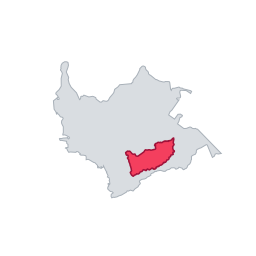 where Caquetá sits in Colombia, rotated 305°
{"feature_id": "COL-1403", "entity_name": "Caquetá", "entity_type": "Intendancy", "adm_level": 1, "iso_a3": "COL", "parent_name": "Colombia", "parent_adm1": "", "projection": "orthographic", "projection_center": [-73.824, 1.133], "detail": "fine", "context": "in_parent", "style": "filled", "palette": "rose", "viewbox_px": 256, "rotation_deg": 305, "n_neighbors": 0, "source": "natural_earth", "source_scale": "10m", "svg_char_len": 8205}
<svg xmlns="http://www.w3.org/2000/svg" viewBox="0 0 256 256"><g transform="rotate(305 128 128)"><path d="M145.3,43.2L143.0,44.1L138.5,45.3L135.4,50.4L133.3,51.3L130.7,54.3L128.8,58.0L127.3,65.6L123.4,72.1L123.7,72.3L125.3,72.1L126.8,71.3L127.3,71.6L127.8,72.7L129.6,73.0L131.0,78.2L133.7,80.9L134.0,81.9L134.4,84.1L133.4,85.4L133.2,90.2L134.0,91.4L136.1,91.9L137.4,94.9L138.3,95.6L139.5,96.0L142.4,95.6L147.8,96.1L149.1,96.0L152.1,94.9L155.9,96.2L158.7,96.4L166.4,105.5L167.1,105.2L168.1,105.7L170.0,104.8L171.7,104.7L173.9,105.1L176.8,105.1L182.5,104.2L183.4,103.6L186.5,104.1L187.5,104.8L188.0,106.5L187.6,107.6L186.5,108.6L185.9,110.0L185.8,111.6L185.3,112.8L184.3,113.6L183.9,114.8L184.1,116.3L183.6,123.1L184.1,123.7L184.4,126.5L185.8,130.2L186.4,131.2L187.6,132.1L189.6,135.1L189.2,136.1L184.0,140.8L183.7,141.9L184.7,141.5L186.3,141.9L186.9,143.0L190.8,146.3L190.7,147.6L191.9,150.0L191.7,150.6L194.4,157.6L194.5,159.1L192.2,159.5L192.1,154.8L191.8,153.8L189.3,149.7L188.7,149.3L187.0,149.8L184.2,152.9L182.9,153.4L181.9,152.9L180.8,151.1L180.1,150.8L179.4,152.3L180.3,153.7L167.8,153.7L165.4,153.1L162.0,153.8L162.0,161.0L167.9,161.1L169.5,163.1L169.4,164.8L169.6,165.3L168.2,165.7L166.2,164.6L162.5,165.9L159.8,166.2L159.6,174.1L161.2,176.1L164.4,178.2L164.8,179.6L164.6,180.9L165.4,182.6L166.4,183.5L166.4,184.5L166.9,185.7L160.6,219.0L158.5,216.9L157.7,215.1L156.6,214.4L154.5,214.9L152.3,214.0L159.5,202.7L159.3,201.7L153.3,199.0L152.6,198.3L149.8,196.8L148.2,197.2L147.3,197.9L145.1,198.2L143.3,197.0L141.2,196.2L138.6,198.1L137.9,198.1L136.1,198.9L134.1,199.2L131.6,198.4L129.6,199.0L128.1,198.8L127.6,198.3L125.8,197.6L125.6,196.8L126.1,195.4L125.3,192.7L125.1,192.2L123.7,192.2L122.1,191.2L121.7,190.6L122.1,189.5L121.8,188.5L120.2,186.3L118.0,185.7L115.9,183.9L113.8,183.3L112.9,181.9L112.0,179.0L109.8,176.7L108.3,175.9L107.7,174.8L106.2,174.7L104.1,173.2L103.1,173.1L102.5,173.8L100.5,173.0L98.8,171.9L97.1,171.6L95.9,170.9L93.9,168.8L91.6,167.8L90.4,168.2L89.9,169.7L89.2,170.0L86.6,169.6L86.2,169.9L85.5,169.9L82.4,168.7L79.3,168.3L78.5,165.6L76.6,164.6L76.0,163.4L74.6,163.5L69.3,161.1L67.1,159.4L65.3,158.5L63.3,156.6L63.0,155.8L61.5,154.8L62.3,153.3L64.1,152.3L66.4,153.1L66.7,151.5L65.9,150.0L66.3,146.7L66.9,146.0L68.2,145.3L69.0,145.6L69.5,145.0L71.4,145.3L72.0,145.1L73.5,143.7L74.1,142.7L74.8,142.8L76.4,141.0L76.1,139.2L77.6,138.9L79.2,135.9L79.8,135.9L80.2,134.5L82.9,129.7L81.9,130.2L80.9,129.9L81.0,128.3L80.7,128.1L79.8,129.3L79.1,128.1L79.3,126.0L78.1,126.4L78.1,125.9L79.9,124.4L80.6,120.8L80.1,119.5L79.7,114.2L79.4,113.2L78.0,111.9L80.3,110.4L81.1,109.2L80.1,106.9L78.7,104.9L78.7,103.7L79.5,103.8L79.9,100.6L79.1,99.3L78.2,99.3L75.2,94.4L74.1,93.4L75.0,91.1L75.9,90.1L75.7,88.3L76.3,88.4L77.6,90.0L78.1,89.7L80.2,88.2L80.2,86.8L81.9,85.3L79.6,80.4L78.9,79.6L79.8,78.0L80.3,78.1L81.2,79.6L82.6,80.7L84.7,83.4L85.6,84.0L84.9,84.7L84.8,85.3L85.1,85.7L86.3,85.8L86.8,85.0L86.5,81.6L86.0,80.0L84.9,78.8L85.3,78.3L87.4,77.5L91.9,74.3L93.5,71.3L94.6,70.2L96.0,69.5L97.6,69.6L98.8,69.3L99.2,68.3L98.4,66.2L99.4,63.4L99.3,61.9L100.0,61.1L99.8,60.7L98.1,61.8L99.8,59.8L101.0,56.7L107.5,51.3L111.7,52.6L113.0,52.5L111.3,53.2L111.0,54.0L111.6,54.8L112.3,55.0L112.8,54.5L114.2,51.4L114.4,49.6L115.0,49.0L115.9,48.8L120.1,49.6L124.0,49.3L130.3,44.8L135.1,42.9L136.3,41.0L136.6,39.7L137.4,39.1L138.3,39.1L138.9,38.4L141.1,37.2L143.4,37.0L145.9,38.1L147.1,39.9L147.3,41.2L145.3,43.2ZM71.5,144.7L71.2,144.9L70.7,144.5L70.5,144.0L70.8,143.6L71.3,143.7L71.5,144.7Z" fill="#d9dde1" stroke="#a8b0b8" stroke-width="1"/><path d="M103.9,144.9L104.2,144.8L105.2,144.1L105.6,143.7L105.6,143.2L105.3,142.9L105.0,142.7L105.0,142.2L105.1,141.9L105.4,141.5L105.8,140.9L106.3,140.5L106.4,140.3L106.5,140.3L106.7,140.2L107.8,140.6L108.3,140.7L108.5,140.7L108.7,140.8L108.9,141.0L109.0,141.1L109.3,141.9L109.5,142.2L109.7,142.4L109.9,142.5L110.0,142.8L110.0,143.2L109.4,145.6L109.3,146.1L109.3,146.5L109.4,146.9L109.5,147.2L109.6,147.5L110.3,148.2L110.5,148.4L110.6,148.7L110.6,148.9L110.5,149.1L110.4,149.3L110.1,149.6L109.9,149.9L109.8,150.2L109.8,150.6L109.9,151.1L110.1,151.6L110.5,152.1L110.9,152.4L117.4,154.7L117.8,154.7L118.2,154.7L119.2,154.6L120.1,154.8L120.2,155.1L121.3,156.9L121.5,157.0L122.1,157.5L122.4,158.0L122.5,158.2L122.6,158.3L122.8,158.7L122.8,158.8L122.8,159.1L122.8,159.3L123.4,160.0L124.5,160.9L124.8,161.3L125.2,161.5L125.3,161.5L125.5,161.8L125.6,162.0L125.8,162.1L126.0,162.3L126.6,162.5L126.8,162.5L127.0,162.4L127.3,162.3L127.4,162.2L127.6,162.0L127.8,161.8L128.0,161.5L128.2,161.4L128.5,161.2L128.8,160.8L128.8,160.7L128.8,160.4L128.9,160.2L128.9,159.9L129.1,159.7L129.3,159.6L129.5,159.5L129.8,159.6L130.0,159.8L130.1,160.0L130.4,159.6L130.6,159.4L130.8,159.4L131.1,159.5L131.3,159.7L131.6,159.9L132.5,160.5L132.8,160.6L133.1,160.6L133.3,160.7L133.8,161.2L133.9,161.4L133.9,161.6L134.0,161.9L134.0,162.1L134.2,162.3L134.3,162.3L134.5,162.4L134.6,162.6L134.6,162.9L134.7,163.0L134.8,163.0L135.0,162.9L135.1,163.1L135.1,163.3L135.1,163.5L135.2,163.8L135.5,163.9L135.6,164.0L135.8,164.4L135.9,164.5L136.6,164.6L136.8,164.6L137.3,164.8L137.5,165.0L137.6,165.3L138.1,165.3L138.3,165.4L138.4,165.7L138.4,166.1L138.5,166.3L138.8,166.4L138.9,166.2L139.1,166.4L139.2,166.5L139.3,166.7L139.3,166.9L139.2,167.0L139.2,167.3L139.5,167.6L140.0,167.8L140.2,168.0L140.1,168.4L140.1,168.6L140.3,168.7L140.6,168.5L140.8,168.5L141.0,168.9L141.1,169.1L141.4,169.1L141.5,169.2L141.7,169.6L141.9,169.8L143.0,170.3L143.5,170.7L143.8,170.6L144.0,170.5L144.3,170.6L144.5,170.6L144.8,170.5L145.2,170.7L145.6,170.8L145.9,171.1L145.2,171.9L144.6,172.2L142.6,173.1L141.9,173.5L141.5,174.0L141.3,174.5L141.2,174.8L141.0,175.1L140.6,175.2L140.2,175.3L138.7,175.3L138.3,175.3L138.1,175.5L137.7,175.9L137.1,176.2L136.9,176.4L136.6,176.9L136.4,177.2L136.1,177.4L135.9,177.7L135.9,178.1L135.9,178.5L135.9,178.8L135.8,179.0L135.7,179.2L135.4,179.4L134.9,179.5L134.5,179.3L134.2,178.9L133.9,178.7L133.6,178.8L133.2,179.1L132.7,179.7L132.6,180.0L132.4,180.1L132.0,180.0L131.7,179.8L130.6,178.9L130.3,178.7L129.9,178.8L129.5,179.1L128.8,179.2L127.5,178.4L126.9,178.9L126.6,179.1L126.4,179.2L126.1,179.2L125.7,179.3L125.3,179.2L124.8,178.9L124.4,178.5L124.1,178.2L123.9,178.2L123.7,178.3L123.2,178.4L122.7,178.4L122.3,178.5L121.4,178.3L121.3,178.2L121.2,178.1L121.1,177.8L121.0,177.7L120.9,177.7L120.7,177.7L120.4,177.6L120.5,177.3L120.5,177.2L120.4,177.2L120.2,177.1L119.9,176.9L119.7,176.9L119.2,177.0L118.9,177.1L118.0,176.9L117.2,176.7L116.7,176.4L116.4,176.3L116.1,175.9L115.5,175.4L115.3,175.3L115.1,175.4L114.9,175.5L114.7,175.4L114.6,175.2L114.4,175.0L114.2,175.0L113.9,175.1L113.7,174.9L113.5,174.5L113.5,174.4L113.4,174.2L112.9,174.0L112.7,173.9L112.3,174.1L112.2,174.1L112.1,173.9L112.0,173.6L111.8,173.5L111.7,173.6L111.5,173.9L111.4,174.0L111.2,174.0L111.1,173.9L110.8,173.9L110.6,173.9L110.4,173.9L110.2,173.8L110.0,173.7L109.9,173.4L109.7,173.3L109.4,173.2L109.2,173.1L109.2,172.9L109.0,172.5L109.1,172.4L109.3,172.1L109.1,171.9L108.9,171.8L108.9,171.7L109.1,171.5L109.1,171.4L109.1,171.0L108.8,170.6L108.4,170.4L107.2,170.2L106.5,169.8L106.0,169.6L105.9,169.5L105.9,169.1L105.7,168.7L105.7,167.8L105.6,167.5L105.2,167.4L104.9,167.4L104.7,167.4L104.7,167.2L104.4,167.0L104.1,167.2L103.8,167.3L103.5,167.2L103.4,166.9L103.2,166.6L103.2,166.4L103.2,166.0L103.2,165.8L103.2,165.6L102.9,165.3L102.8,165.2L102.8,164.8L102.8,164.7L102.7,164.6L102.3,164.4L102.1,164.4L101.5,164.4L100.5,164.4L100.1,164.2L99.4,163.5L99.0,163.3L98.5,163.2L97.8,163.3L97.5,163.3L97.4,163.2L97.2,163.1L96.9,163.0L96.5,163.0L96.3,162.8L95.7,162.1L95.6,161.9L95.6,161.7L95.5,161.4L95.4,161.3L95.2,161.3L94.7,161.3L94.3,161.2L94.1,161.1L92.9,160.2L92.3,160.2L91.8,160.1L91.6,160.0L91.5,159.9L91.4,159.6L91.5,158.0L91.5,157.9L91.7,157.6L91.8,157.4L91.9,157.1L92.1,156.5L92.6,155.8L92.8,155.5L93.0,155.3L93.7,155.4L94.3,155.5L94.6,155.5L94.8,155.5L95.1,155.3L95.3,155.2L95.4,154.9L95.6,154.7L96.2,154.3L96.4,154.2L96.5,153.9L96.7,153.7L97.4,152.9L98.0,152.1L98.7,151.1L99.5,150.3L100.4,149.0L100.7,148.4L101.0,148.0L101.2,147.8L101.7,147.4L101.8,147.3L102.2,146.9L102.4,146.7L102.5,146.3L102.9,145.1L103.1,144.8L103.2,144.7L103.3,144.7L103.8,144.9L103.9,144.9Z" fill="#f43f5e" stroke="#9f1239" stroke-width="1.5"/></g></svg>